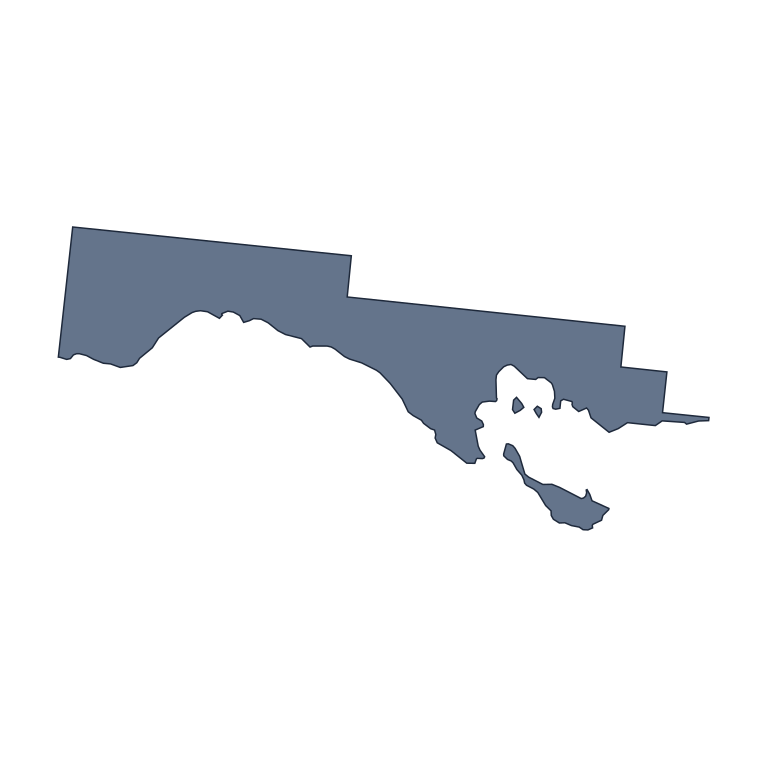 outline of Mackinac, Michigan, United States of America, rotated 6°
{"feature_id": "52423323B7185971756964", "entity_name": "Mackinac", "entity_type": "district", "adm_level": 2, "iso_a3": "USA", "parent_name": "United States of America", "parent_adm1": "Michigan", "projection": "natural_earth1", "projection_center": [-84.806, 45.984], "detail": "fine", "context": "isolated", "style": "filled", "palette": "slate", "viewbox_px": 768, "rotation_deg": 6, "n_neighbors": 0, "source": "geoboundaries", "source_scale": "gbopen_adm2", "svg_char_len": 2501}
<svg xmlns="http://www.w3.org/2000/svg" viewBox="0 0 768 768"><g transform="rotate(6 384 384)"><path d="M58.0,260.4L57.3,391.3L58.8,391.3L65.8,392.7L69.5,391.5L72.1,387.5L75.1,386.0L77.8,385.7L85.2,386.8L92.5,389.8L102.7,392.7L109.9,392.6L120.0,395.1L132.4,391.9L135.9,388.7L138.2,384.0L149.8,372.2L155.0,361.8L178.5,338.5L185.7,333.0L189.1,331.4L193.8,330.3L201.0,330.6L213.5,335.9L216.1,332.4L215.3,331.7L215.4,330.9L221.1,327.9L226.6,328.2L233.4,331.0L238.0,337.4L243.5,335.1L247.4,332.6L255.0,332.4L262.3,335.2L272.9,342.0L280.9,345.1L297.2,347.5L306.6,355.0L309.1,353.7L323.5,352.2L327.7,352.7L331.6,354.4L341.8,360.8L347.1,362.8L359.5,365.3L375.0,371.1L378.9,373.3L390.1,382.8L403.7,397.1L411.0,409.1L416.4,412.4L425.0,416.1L427.5,419.0L435.1,423.6L439.1,424.5L440.8,428.8L440.5,432.4L443.1,436.9L457.5,443.2L474.6,454.1L482.6,453.4L483.7,448.9L484.4,448.2L489.8,447.9L491.3,447.1L491.7,445.8L486.4,439.8L484.2,436.0L479.5,420.3L487.2,416.0L487.1,414.0L485.1,410.6L479.8,408.1L477.5,403.8L477.7,401.9L480.9,394.6L483.6,391.7L490.7,390.0L496.7,389.8L497.7,388.8L498.0,386.9L497.3,386.1L494.9,368.2L494.9,363.4L496.9,359.7L501.2,354.4L504.6,352.3L508.3,351.3L511.7,352.7L526.1,363.7L534.4,363.6L536.5,361.5L542.9,360.9L550.2,365.4L551.5,367.0L554.3,373.5L555.4,380.3L553.9,386.6L553.9,389.1L554.7,390.7L557.4,391.1L561.5,389.8L561.5,382.3L564.1,380.4L572.7,381.8L573.3,383.1L573.1,384.6L574.1,386.8L580.5,391.0L588.0,386.7L590.1,388.7L593.4,396.0L612.9,408.5L621.6,403.9L630.2,397.0L658.2,397.0L664.5,391.6L686.9,390.8L689.1,392.3L700.8,387.9L710.7,386.5L710.7,383.3L664.0,383.4L664.1,342.4L617.8,342.3L617.6,301.4L338.3,301.3L338.1,259.9L291.7,260.0L58.0,260.4ZM510.3,441.2L510.6,442.9L514.7,446.1L518.6,447.3L520.6,448.9L525.1,455.2L530.6,460.3L533.2,464.7L534.2,467.8L536.3,469.8L543.9,472.8L548.3,475.8L557.5,488.0L563.4,492.7L564.1,497.3L566.6,500.8L572.9,503.9L578.4,503.1L585.2,505.2L593.1,505.9L597.2,508.1L602.1,507.8L606.5,505.3L605.9,502.8L606.4,501.7L614.6,496.7L615.4,491.8L620.6,485.5L620.7,484.3L603.1,478.4L600.2,472.3L597.0,467.8L596.2,468.3L596.9,471.1L596.3,474.5L594.3,476.6L592.1,477.3L569.5,468.5L561.5,466.2L552.5,467.3L537.6,461.5L533.5,458.8L528.4,446.5L526.5,441.8L521.1,434.3L518.5,431.9L513.9,430.5L512.0,430.9L510.3,441.2ZM514.6,386.5L514.5,396.0L517.2,399.4L522.2,396.0L525.5,392.6L523.0,389.0L517.2,383.4L514.6,386.5ZM535.9,393.7L538.5,397.4L541.6,401.0L543.7,395.6L542.9,392.1L538.8,390.1L535.9,393.7Z" fill="#64748b" stroke="#1e293b" stroke-width="1.5"/></g></svg>